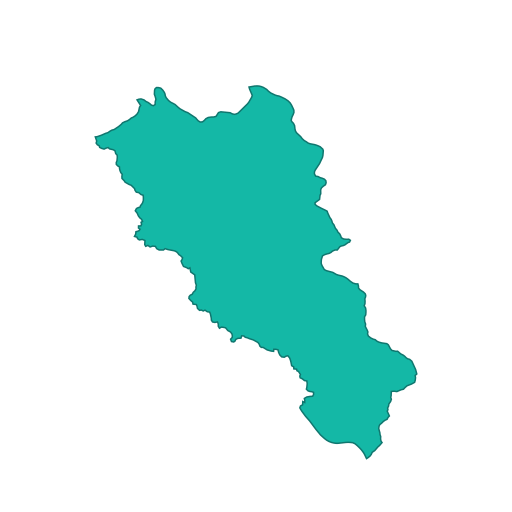 the district of Gurupi, Tocantins, Brazil, rotated 106°
{"feature_id": "56859067B58866139989342", "entity_name": "Gurupi", "entity_type": "district", "adm_level": 2, "iso_a3": "BRA", "parent_name": "Brazil", "parent_adm1": "Tocantins", "projection": "robinson", "projection_center": [-48.876, -11.658], "detail": "fine", "context": "isolated", "style": "filled", "palette": "teal", "viewbox_px": 512, "rotation_deg": 106, "n_neighbors": 0, "source": "geoboundaries", "source_scale": "gbopen_adm2", "svg_char_len": 6095}
<svg xmlns="http://www.w3.org/2000/svg" viewBox="0 0 512 512"><g transform="rotate(106 256 256)"><path d="M214.9,169.6L214.3,171.4L215.1,174.0L215.5,176.5L214.9,179.0L213.1,180.3L211.6,181.7L210.5,183.8L208.8,185.3L207.4,187.4L204.5,189.7L203.2,191.6L201.3,192.8L200.0,193.9L198.7,195.6L195.0,198.8L193.3,200.0L192.9,201.8L192.1,206.4L191.1,211.2L190.1,213.4L188.5,213.9L184.1,210.5L179.9,211.2L178.4,210.9L174.4,212.1L172.4,211.8L170.3,210.5L168.4,208.9L166.3,208.8L164.4,209.6L163.3,211.4L163.0,213.7L163.0,216.0L162.5,218.3L162.8,220.7L160.9,222.5L159.0,223.0L157.3,222.8L149.7,220.4L143.0,219.3L140.9,219.4L136.3,220.3L134.9,221.2L133.3,224.4L133.0,226.4L132.8,228.5L132.8,230.6L133.2,234.8L133.1,236.9L132.3,239.2L131.7,241.5L130.5,243.9L128.9,246.0L126.5,250.8L125.1,252.4L123.1,253.6L120.1,254.8L118.1,256.6L117.3,258.1L116.1,259.5L114.3,259.7L112.3,259.7L110.0,259.3L107.6,259.1L105.4,259.8L103.8,261.1L101.2,263.4L99.4,265.4L98.0,268.0L96.9,271.5L96.2,275.5L95.9,278.0L96.1,279.8L96.0,282.2L95.2,286.8L94.2,289.4L92.9,291.7L91.9,295.4L91.7,297.8L91.8,300.0L92.2,301.7L92.9,303.9L95.5,309.3L97.3,308.2L102.6,303.9L104.5,303.9L110.1,305.3L112.1,306.1L123.6,312.6L125.0,314.3L125.8,315.8L125.9,318.0L125.4,320.4L127.1,329.6L128.5,331.6L132.8,332.9L134.0,334.9L134.8,337.4L136.0,340.1L137.8,342.0L140.0,343.1L141.8,344.4L142.6,346.5L142.0,348.8L140.9,350.6L139.9,352.0L137.0,361.1L136.8,363.9L135.5,369.5L134.4,372.1L132.7,375.5L132.2,377.7L131.7,380.4L130.6,383.0L128.5,386.1L126.9,387.4L125.4,388.1L124.0,389.2L122.2,391.4L120.9,393.8L121.0,396.2L121.5,398.1L123.0,399.1L124.6,399.2L128.5,398.3L130.3,397.0L132.9,395.4L135.6,395.4L138.2,394.7L139.8,396.1L139.8,398.1L138.9,399.9L138.1,402.2L137.8,404.3L136.8,406.7L136.7,409.8L137.6,411.9L138.7,413.4L143.1,408.4L145.1,409.0L149.7,408.7L152.4,409.5L154.6,410.8L156.4,412.3L157.8,414.0L159.5,415.1L161.4,416.7L163.0,419.0L164.8,421.0L166.6,421.8L169.5,423.8L173.5,427.2L174.8,429.3L176.3,430.8L178.3,432.4L179.5,434.3L182.5,437.9L185.1,441.6L185.8,443.3L189.4,440.8L191.5,440.8L192.8,439.2L193.3,437.1L194.7,436.2L195.1,434.1L195.1,431.5L193.6,429.8L192.5,428.0L193.4,426.3L193.2,422.4L193.8,420.5L196.2,419.1L197.4,417.2L199.5,416.5L202.7,415.9L204.7,416.1L206.5,415.5L207.6,413.5L208.0,411.8L209.8,411.2L211.5,410.2L213.1,408.9L214.4,407.1L216.2,406.9L218.4,406.2L220.0,403.4L221.1,402.2L222.2,397.8L222.4,395.5L224.7,391.3L226.2,390.4L227.6,388.7L227.4,386.1L228.6,383.5L228.7,381.2L231.1,380.3L233.7,379.6L236.1,379.7L237.9,380.2L239.3,380.9L240.9,380.9L242.0,382.6L243.3,384.0L245.8,384.5L247.6,382.0L249.8,380.2L251.3,378.3L252.3,376.1L254.1,374.6L255.3,375.8L257.0,374.7L258.8,375.0L259.5,377.2L261.5,376.7L262.2,374.9L263.8,375.3L264.9,376.7L265.7,378.1L268.2,377.7L270.7,378.2L270.7,375.6L272.0,374.6L272.7,372.6L271.4,369.9L271.7,367.0L275.7,366.1L277.1,364.7L275.6,362.8L276.5,360.3L274.9,358.0L274.5,355.3L276.3,353.5L276.9,350.8L275.7,346.6L274.0,345.4L274.1,342.6L273.5,335.8L273.9,333.5L274.7,332.0L275.9,330.5L276.5,328.6L277.9,326.1L279.9,326.1L281.5,326.6L283.5,325.1L286.0,322.8L286.3,319.4L286.9,317.6L285.6,316.3L289.4,314.3L291.0,309.7L298.4,306.8L300.5,305.3L302.4,305.2L304.0,304.6L306.2,305.1L308.2,306.3L310.4,306.8L311.7,308.3L313.4,309.1L315.3,308.8L316.8,306.4L317.8,304.2L319.6,303.3L319.1,299.9L320.6,298.8L322.5,297.8L323.8,295.3L323.0,293.6L323.4,291.6L322.1,290.1L323.0,287.5L322.7,285.1L324.2,283.9L328.0,281.9L330.0,281.2L331.4,279.6L331.2,277.2L330.0,274.9L331.6,273.6L333.9,272.9L335.5,271.2L333.9,269.7L333.6,268.0L333.4,265.5L334.4,264.0L335.4,262.6L336.1,259.5L337.6,257.6L339.1,256.8L340.8,256.4L343.0,257.5L345.0,256.0L344.8,253.7L343.5,252.7L341.8,252.5L340.2,250.8L339.1,247.8L336.7,247.8L336.2,245.7L337.1,243.9L337.0,241.8L337.3,239.5L337.4,235.5L338.6,230.3L339.9,228.6L341.6,227.4L342.4,225.7L341.9,224.0L343.2,219.4L343.2,215.2L342.8,212.8L340.8,213.2L340.2,211.2L340.1,209.0L342.4,207.7L344.6,205.8L345.9,203.5L345.5,200.9L344.0,199.5L343.1,197.9L344.8,195.5L346.8,194.1L348.3,193.2L351.6,191.5L352.2,189.2L354.1,188.5L353.6,185.8L355.0,185.0L355.3,183.3L357.7,180.6L359.3,180.8L360.9,180.0L361.3,177.6L362.4,175.1L362.1,172.7L364.6,171.6L368.4,170.9L370.1,170.9L371.3,168.8L371.4,166.9L371.1,164.9L371.2,163.1L373.3,162.5L375.2,162.9L376.1,165.4L377.5,168.3L379.6,170.3L381.3,169.3L383.4,168.8L383.0,170.9L386.2,170.2L387.9,171.9L389.9,172.0L391.3,170.6L392.8,168.9L396.4,164.2L399.8,158.9L406.2,150.5L410.2,144.7L412.6,139.8L413.6,137.2L414.2,134.6L414.4,131.8L414.3,129.6L414.0,127.5L413.5,125.7L410.5,118.4L409.7,116.1L409.2,113.9L408.8,111.5L409.2,109.0L410.3,106.5L411.9,103.5L413.3,101.2L414.5,99.6L415.7,98.1L416.9,96.9L420.3,93.9L418.7,92.5L416.8,91.2L414.9,90.5L412.7,90.2L410.3,88.2L405.9,86.2L404.1,85.0L400.6,83.4L399.5,84.8L397.6,85.8L395.1,86.4L393.4,87.6L391.8,88.2L388.0,90.5L385.7,90.8L383.9,90.5L382.3,89.3L380.0,88.0L378.2,86.6L376.9,85.0L374.8,84.6L373.0,83.7L369.0,87.1L367.4,86.8L365.8,87.6L363.9,87.2L361.6,87.5L358.8,86.5L356.4,86.4L354.8,87.5L353.0,87.6L348.9,88.6L347.9,86.0L347.5,83.2L344.7,79.8L343.4,77.5L341.4,76.5L339.1,75.0L336.2,71.2L333.7,68.7L331.5,68.7L329.0,69.1L327.0,70.1L325.1,68.9L321.1,71.3L314.2,77.2L313.0,79.8L313.0,82.0L312.4,83.7L311.4,85.4L310.7,87.2L310.2,89.9L308.5,93.6L309.1,95.4L309.3,99.4L308.1,101.2L304.9,104.3L304.2,106.1L304.9,111.3L304.9,114.4L304.5,116.4L303.6,118.3L303.6,120.6L303.1,123.2L302.0,125.9L300.2,127.3L298.2,127.5L296.7,128.6L293.6,131.5L291.2,131.9L289.3,133.3L286.7,134.3L284.5,134.9L282.4,134.3L279.9,134.8L278.1,135.3L275.8,136.3L274.0,138.3L271.9,138.1L269.4,138.7L267.1,139.6L265.1,139.4L263.5,139.7L262.2,140.6L261.0,142.8L259.8,146.7L258.6,148.6L256.7,149.2L254.7,150.4L255.3,152.4L255.3,155.3L254.4,158.1L253.0,161.1L252.1,163.6L251.7,165.7L251.5,167.6L251.7,171.7L251.6,173.7L250.6,177.6L250.7,184.3L250.2,186.6L246.9,190.0L245.1,191.3L242.7,191.9L241.0,192.2L237.5,192.1L235.8,190.4L234.5,188.5L233.4,186.5L231.9,184.9L230.3,183.9L228.5,181.8L227.8,179.5L224.0,178.0L222.8,176.7L222.0,175.1L220.8,173.6L217.8,171.3L216.8,169.9L214.9,169.6Z" fill="#14b8a6" stroke="#0f766e" stroke-width="1.5"/></g></svg>